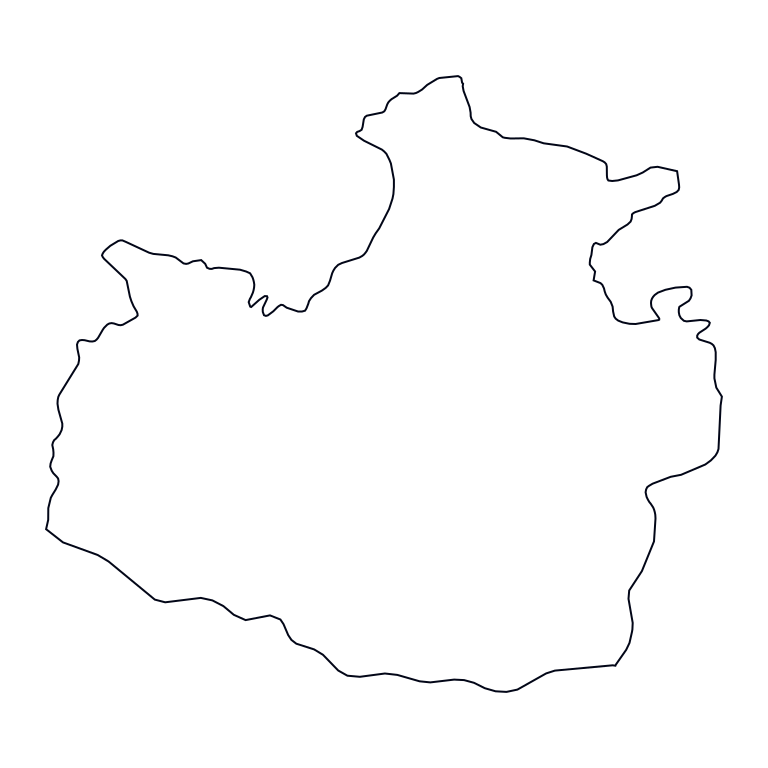 map outline of Karachay-Cherkess (orthographic projection)
{"feature_id": "RUS-2280", "entity_name": "Karachay-Cherkess", "entity_type": "Republic", "adm_level": 1, "iso_a3": "RUS", "parent_name": "Russia", "parent_adm1": "", "projection": "orthographic", "projection_center": [41.758, 43.838], "detail": "fine", "context": "isolated", "style": "outline", "palette": "ink", "viewbox_px": 768, "rotation_deg": 0, "n_neighbors": 0, "source": "natural_earth", "source_scale": "10m", "svg_char_len": 4778}
<svg xmlns="http://www.w3.org/2000/svg" viewBox="0 0 768 768"><path d="M165.2,602.3L154.8,599.6L108.6,561.5L97.7,555.0L63.0,542.4L46.1,529.2L48.2,519.9L48.3,508.1L50.8,497.8L52.3,495.0L55.7,489.5L58.1,484.6L58.6,481.2L58.1,478.5L56.7,476.7L53.3,473.2L51.7,470.7L50.2,466.7L50.6,463.5L51.7,460.3L53.4,456.2L53.5,452.7L53.2,449.3L52.3,445.0L53.0,442.3L54.2,440.1L55.9,438.7L57.7,436.7L59.6,434.3L61.6,430.1L62.3,426.7L62.3,423.6L58.4,409.7L57.5,403.7L57.7,400.0L58.3,396.9L59.3,394.7L78.3,364.0L79.0,360.6L79.2,357.5L77.4,348.8L77.0,344.6L77.9,342.0L79.5,340.4L82.0,340.0L84.6,340.2L89.7,341.4L92.4,341.5L94.8,341.0L96.6,339.6L98.1,337.8L102.8,329.7L104.1,327.8L107.3,324.6L109.3,323.5L111.6,323.1L114.0,323.5L118.5,325.0L120.7,325.2L122.9,324.7L135.5,317.6L137.6,315.6L137.5,313.7L136.8,311.7L133.6,306.3L131.4,301.2L129.9,296.6L126.7,280.9L125.4,279.0L104.1,258.8L102.8,257.1L102.0,255.4L102.7,253.6L103.9,251.7L105.8,249.7L110.3,245.8L118.2,241.0L120.4,240.4L122.4,240.4L125.9,241.9L149.1,252.7L153.3,253.9L168.2,255.3L172.5,256.3L175.7,257.5L183.5,263.4L186.1,263.9L188.3,263.5L192.9,261.3L201.2,260.1L205.2,263.8L207.0,267.7L209.5,268.8L211.8,268.9L214.1,268.1L218.9,267.7L240.0,269.7L246.1,271.5L250.1,273.3L252.5,277.3L253.3,279.6L253.9,282.1L254.3,284.7L254.1,287.4L253.6,290.1L252.9,292.6L250.9,297.2L249.9,298.9L248.7,302.1L250.2,306.6L250.6,306.8L251.2,307.0L259.3,299.8L264.7,296.1L267.0,296.2L267.5,297.5L266.7,299.7L263.0,307.5L262.9,308.1L262.7,309.5L262.8,311.9L264.0,315.2L265.9,315.9L267.8,315.4L273.3,311.3L277.5,307.1L278.8,306.1L281.0,304.8L283.0,305.1L286.7,307.7L298.0,311.5L302.1,311.5L305.0,310.7L306.0,309.2L306.6,308.1L308.3,303.7L309.0,301.2L311.0,298.1L314.1,294.8L321.9,290.6L325.7,287.9L328.1,285.4L330.0,280.7L332.2,273.2L333.4,270.6L335.1,267.9L338.2,264.8L342.0,263.0L359.3,257.6L362.3,255.9L364.0,254.5L365.5,252.7L366.8,250.9L373.2,237.5L375.7,233.3L379.2,228.4L389.1,209.0L392.5,198.6L393.4,194.1L393.9,187.0L393.9,179.6L390.9,163.5L389.4,159.8L386.4,153.8L384.1,151.4L381.9,149.6L364.0,140.7L356.8,135.8L356.0,133.3L357.2,131.9L359.5,131.1L361.6,129.8L362.6,126.9L363.8,119.4L365.0,117.0L366.8,115.7L382.3,112.5L384.3,111.3L385.5,109.3L387.2,104.5L388.3,102.4L389.8,100.7L391.5,99.2L397.1,95.7L399.4,93.1L413.5,93.6L416.0,93.0L418.1,92.0L422.0,89.6L427.2,84.9L437.0,78.9L439.3,78.0L458.0,76.1L459.5,76.8L461.3,78.2L462.1,82.7L463.1,83.7L462.7,86.2L463.6,91.0L469.6,107.0L470.6,112.7L470.7,116.2L471.5,119.1L474.2,123.0L480.8,127.5L496.1,131.8L502.8,137.3L504.8,137.8L510.7,138.5L523.7,138.3L534.4,140.3L543.7,143.3L567.1,146.5L586.2,153.7L602.8,161.2L604.7,162.4L606.2,164.1L606.8,166.6L606.9,175.3L607.1,177.7L607.6,179.4L608.4,180.5L612.2,181.0L618.0,180.4L636.6,175.3L642.8,172.5L650.5,167.6L657.6,166.8L677.1,171.2L679.0,184.6L679.2,187.4L678.7,189.9L676.7,192.0L672.9,193.9L666.4,196.1L664.7,197.1L663.0,198.4L661.7,200.7L660.1,202.7L654.8,205.8L635.3,212.1L633.4,213.1L632.0,214.4L631.9,216.5L631.6,219.0L630.6,221.6L627.5,224.5L618.7,229.9L607.2,242.0L603.4,244.1L600.3,244.7L595.9,242.9L593.9,244.0L592.4,247.2L591.4,255.0L590.2,258.9L589.8,262.5L589.8,264.6L595.1,271.5L593.6,280.4L600.5,283.1L602.3,284.8L604.0,288.4L604.7,291.4L605.8,294.5L607.6,297.6L610.7,301.8L612.6,306.6L613.1,311.5L614.2,316.5L615.7,318.7L618.2,320.6L622.7,322.4L629.5,323.8L635.6,324.0L658.3,320.1L659.2,319.7L659.3,318.8L658.9,317.9L652.1,308.2L651.6,307.2L651.4,306.5L651.2,305.1L651.0,303.0L651.2,300.8L652.0,298.6L653.2,296.7L654.7,295.0L658.0,292.6L665.4,289.8L675.5,287.6L687.0,286.8L689.5,287.7L691.3,289.8L691.6,295.4L690.5,298.4L688.9,300.8L679.7,306.6L679.3,307.0L679.1,307.8L678.8,309.7L678.8,312.2L679.4,315.3L680.8,318.0L683.9,320.8L686.7,321.4L700.4,320.0L706.3,320.5L708.6,321.4L709.8,322.8L709.0,325.3L707.5,327.0L705.7,328.6L699.4,332.7L698.1,334.0L697.2,335.6L697.2,337.6L699.3,339.5L709.8,342.8L711.8,343.9L713.5,345.4L714.9,348.2L715.7,352.2L715.7,360.0L714.4,374.7L714.4,378.3L716.3,387.6L721.9,396.6L720.6,405.5L718.5,449.0L717.4,452.3L715.4,455.7L710.9,460.4L705.3,464.5L681.1,474.8L670.7,476.8L652.6,483.7L648.9,485.9L647.2,487.2L646.1,489.5L645.6,492.3L646.6,496.9L647.9,499.6L649.3,502.0L650.7,503.7L653.2,507.5L654.1,509.7L654.8,512.2L655.3,514.8L655.5,518.5L654.0,541.4L641.9,571.1L629.2,590.5L628.5,598.8L632.7,622.9L632.4,629.4L632.0,631.8L629.5,642.9L626.2,649.8L615.8,664.7L615.4,665.7L612.7,665.3L554.9,670.6L546.2,673.4L544.4,674.4L517.4,689.6L506.5,691.9L495.6,691.3L484.8,688.2L474.0,682.8L464.1,680.1L454.1,679.6L430.3,682.4L419.6,681.3L397.3,674.9L384.9,673.5L359.9,676.8L347.4,675.7L338.2,670.5L323.0,654.8L314.1,649.4L296.3,643.7L291.4,639.9L288.2,635.1L283.5,624.1L280.4,619.5L270.0,615.4L245.6,620.1L233.8,614.8L223.4,606.1L212.4,600.4L200.8,597.9L165.2,602.3Z" fill="none" stroke="#020617" stroke-width="2"/></svg>